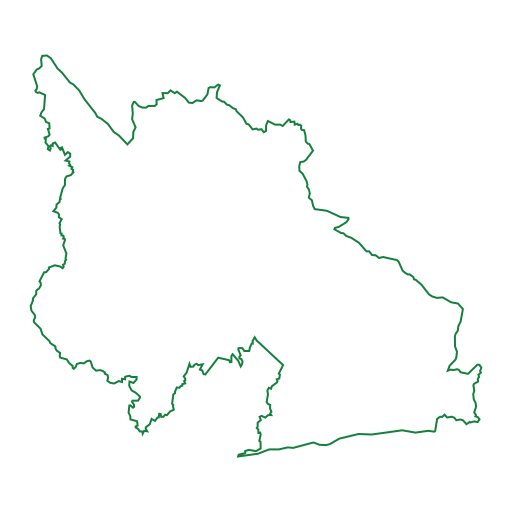 outline of Na Di, Prachin Buri, Thailand
{"feature_id": "78962969B93124351741283", "entity_name": "Na Di", "entity_type": "district", "adm_level": 2, "iso_a3": "THA", "parent_name": "Thailand", "parent_adm1": "Prachin Buri", "projection": "robinson", "projection_center": [101.834, 14.202], "detail": "fine", "context": "isolated", "style": "outline", "palette": "green", "viewbox_px": 512, "rotation_deg": 0, "n_neighbors": 0, "source": "geoboundaries", "source_scale": "gbopen_adm2", "svg_char_len": 5935}
<svg xmlns="http://www.w3.org/2000/svg" viewBox="0 0 512 512"><path d="M329.9,444.1L339.4,438.6L358.6,434.0L371.9,434.5L402.2,430.3L415.4,432.6L428.3,430.8L434.4,431.7L435.2,431.0L437.1,418.9L440.2,416.7L442.2,416.9L444.5,414.7L447.1,417.5L451.7,416.7L454.3,417.7L456.3,420.2L460.5,419.5L463.0,420.3L466.5,424.2L469.7,421.9L470.3,422.5L474.2,421.4L477.7,422.1L479.5,419.3L477.8,417.2L475.4,416.3L476.0,415.1L474.2,412.3L476.1,406.8L475.7,403.2L473.8,399.4L473.2,394.2L474.3,390.8L473.4,385.2L474.1,383.8L478.1,381.6L477.8,378.8L479.1,377.0L478.4,374.8L480.9,372.6L480.1,371.1L481.3,367.6L479.4,364.8L477.4,364.7L468.0,373.8L460.6,372.3L459.0,370.0L457.1,369.2L453.3,370.1L450.6,369.6L447.8,370.7L449.6,365.7L455.5,359.6L456.3,357.5L457.0,351.7L455.0,346.4L454.9,336.4L455.6,333.8L457.7,330.9L458.4,326.0L460.6,321.7L462.9,309.0L457.9,303.5L451.1,302.3L442.6,297.4L436.8,297.9L432.1,296.4L428.9,294.3L421.5,284.7L415.7,279.8L413.9,279.3L413.4,277.1L409.5,274.3L408.0,274.5L405.2,272.9L402.6,270.6L398.7,261.8L397.0,260.1L383.0,257.0L379.1,258.0L375.7,255.3L372.0,255.0L369.2,251.4L366.4,251.3L359.1,242.9L351.3,237.8L346.3,236.0L343.5,233.3L341.1,233.0L334.4,229.3L334.9,227.9L338.8,226.9L346.4,222.2L348.5,219.1L348.4,217.9L340.4,217.0L327.0,210.8L314.7,209.1L313.1,205.8L311.9,200.3L308.8,197.6L309.8,193.4L308.9,189.5L307.0,186.7L307.4,184.7L306.5,181.1L302.7,173.8L299.5,170.8L299.2,166.1L300.4,162.0L303.6,161.6L306.0,159.9L313.0,150.7L309.4,144.1L307.8,143.7L305.8,141.6L305.5,135.4L304.1,130.2L301.9,130.0L301.0,128.8L301.2,125.7L299.9,124.7L298.3,125.0L297.5,123.8L294.7,124.6L294.4,121.6L290.5,122.0L290.2,120.3L288.9,119.4L282.7,126.0L280.1,124.6L275.0,124.6L267.9,121.0L266.1,125.3L266.0,131.0L263.7,132.2L261.5,129.2L258.1,129.8L256.5,128.6L252.6,129.4L248.6,124.3L246.5,123.9L243.0,117.4L236.7,111.4L235.8,109.2L233.1,108.3L229.2,105.2L227.0,104.7L224.0,101.7L222.1,101.5L216.6,98.0L217.0,92.3L219.9,85.4L218.1,84.6L214.4,87.4L210.2,87.2L208.6,88.1L207.4,94.4L202.9,100.4L201.2,101.1L196.7,100.3L192.4,103.0L188.8,102.6L185.2,98.0L176.9,91.7L174.7,93.2L170.5,90.4L167.8,93.1L162.5,93.1L163.6,98.1L156.5,100.0L156.6,104.3L154.9,105.9L148.4,106.0L146.1,107.6L142.7,107.6L138.7,106.1L134.8,101.8L133.8,101.9L132.1,105.4L132.8,113.7L132.1,119.2L135.6,127.3L133.3,132.0L133.1,138.2L127.4,144.4L119.0,135.6L113.8,132.0L107.8,123.9L101.4,118.8L97.3,116.8L95.3,113.0L84.4,99.1L79.3,90.6L73.3,84.4L70.0,82.6L61.9,72.5L57.6,68.6L50.9,58.3L46.9,55.5L42.2,55.9L41.1,59.3L41.7,65.9L39.2,68.4L36.7,69.5L33.3,74.3L37.2,86.4L36.5,89.5L35.4,90.5L35.8,91.9L37.8,92.9L39.3,92.3L45.1,95.0L44.0,109.2L41.6,112.1L40.2,115.7L44.7,118.6L46.0,122.0L49.2,123.2L49.6,128.4L47.9,128.9L49.6,134.7L48.3,136.3L44.6,137.6L44.7,138.6L45.8,138.8L45.5,142.5L48.5,146.2L47.8,149.1L49.9,150.5L50.7,148.4L50.1,146.1L51.0,145.2L52.7,145.9L52.7,143.4L55.1,142.5L60.3,149.8L61.1,149.5L60.7,147.9L62.0,147.3L64.9,154.8L67.9,152.1L70.2,153.7L70.2,156.6L65.6,160.5L69.4,161.5L69.1,163.3L70.2,165.0L69.2,165.7L72.3,167.2L71.5,168.9L73.2,169.9L72.7,171.7L73.4,172.3L70.8,175.1L66.3,176.5L65.0,179.2L64.9,185.1L62.7,188.4L60.1,197.9L60.7,198.9L59.9,199.4L59.5,202.1L56.6,204.4L56.3,207.8L53.4,211.2L57.8,212.8L59.1,214.5L58.8,217.2L61.7,219.2L59.5,223.2L60.2,224.4L59.6,226.9L60.5,233.4L61.6,233.6L61.5,235.4L63.4,235.7L63.8,237.5L63.1,238.6L64.7,238.9L65.0,239.9L63.2,245.4L66.4,253.5L65.5,258.9L66.1,259.8L65.1,260.9L64.7,263.8L63.0,264.8L63.7,266.7L62.6,268.2L60.1,266.5L54.8,265.3L48.9,267.5L49.0,269.0L46.1,272.2L44.1,272.3L39.5,281.4L40.6,282.6L40.9,285.2L39.2,288.3L36.3,290.6L36.2,294.3L32.9,298.5L32.9,300.6L30.7,306.1L31.4,310.6L34.8,315.0L35.2,317.1L33.8,320.3L33.9,322.1L40.6,328.8L42.4,334.4L49.5,341.2L50.4,343.2L55.4,346.4L55.5,348.6L56.9,350.8L60.1,352.9L59.7,355.8L60.2,357.6L66.8,359.4L69.2,363.1L72.6,365.9L72.7,368.0L73.8,368.8L75.9,366.6L76.8,364.0L80.0,363.0L84.0,363.3L87.1,361.1L89.5,360.6L90.7,361.5L92.6,367.5L96.1,370.7L100.0,370.1L102.8,371.0L104.9,372.4L104.8,373.7L107.5,375.0L108.1,377.9L107.3,380.7L110.2,382.8L114.1,383.5L118.7,381.1L122.0,382.0L122.0,378.8L125.0,379.3L125.2,376.8L126.3,376.4L129.6,375.8L131.5,377.0L136.6,377.0L136.6,379.4L133.5,383.0L129.5,381.5L129.2,385.7L131.5,390.3L135.8,392.8L139.8,396.4L140.0,397.6L138.0,400.7L132.4,400.7L132.0,401.8L134.0,404.8L134.1,406.8L133.0,407.7L130.3,405.3L129.3,405.6L128.6,412.6L130.3,416.2L130.4,419.4L137.1,421.3L137.6,425.6L135.6,426.5L135.7,427.5L138.3,429.1L139.8,431.4L142.4,431.5L142.7,433.6L144.2,430.9L147.2,431.3L145.7,428.9L145.8,427.3L149.8,424.2L151.6,418.9L155.0,420.9L157.5,417.5L158.8,417.4L159.2,413.8L160.7,414.1L161.2,416.8L163.4,416.8L165.1,414.7L166.9,415.2L170.0,411.5L173.8,409.7L172.9,406.0L173.3,405.1L172.1,403.7L173.3,394.4L175.1,393.1L174.9,391.8L176.8,387.5L179.4,387.7L180.6,386.2L182.3,385.7L182.3,384.2L185.2,383.4L184.1,381.1L185.2,380.4L185.2,378.5L183.7,376.4L186.5,372.8L189.5,363.9L190.5,366.8L193.3,366.6L194.4,364.8L196.7,363.8L198.1,365.1L202.7,364.3L199.9,369.6L202.2,370.4L203.6,374.0L205.3,374.5L218.2,357.7L229.1,360.2L230.0,362.2L231.4,362.1L231.4,356.0L232.6,354.2L238.3,360.9L240.7,366.4L242.2,363.8L242.5,361.3L241.3,359.0L239.4,358.4L239.5,356.6L240.7,355.3L238.3,349.7L238.6,348.1L242.3,348.1L244.3,351.0L249.2,351.0L249.9,347.6L251.7,343.6L252.8,343.6L252.6,341.0L254.7,337.3L256.6,340.4L283.1,365.1L278.8,373.6L279.9,374.5L279.3,378.5L276.8,379.3L277.5,381.0L277.0,382.4L271.7,386.4L271.1,388.7L268.8,387.8L267.4,390.5L268.0,394.3L266.6,402.0L268.0,404.0L270.2,405.0L270.0,408.4L271.4,411.7L270.1,413.6L271.2,415.1L268.1,415.1L265.4,417.6L261.6,415.9L259.6,416.8L260.8,420.1L257.7,422.6L257.6,426.8L256.8,428.0L258.3,429.4L258.4,433.0L260.2,432.6L260.7,434.5L259.3,440.9L260.5,441.7L260.7,448.5L256.0,451.1L248.9,449.9L245.2,451.0L245.2,453.1L238.7,454.7L238.1,456.5L258.1,453.7L269.2,449.4L278.9,449.4L287.8,447.4L293.1,447.9L313.4,442.5L319.6,444.8L326.0,445.1L329.9,444.1Z" fill="none" stroke="#15803d" stroke-width="2"/></svg>